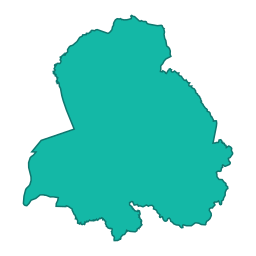 Dinh Quan, Đồng Nai, Vietnam (Albers equal-area conic projection)
{"feature_id": "81297802B49967994067833", "entity_name": "Dinh Quan", "entity_type": "district", "adm_level": 2, "iso_a3": "VNM", "parent_name": "Vietnam", "parent_adm1": "Đồng Nai", "projection": "albers", "projection_center": [107.306, 11.211], "detail": "fine", "context": "isolated", "style": "filled", "palette": "teal", "viewbox_px": 256, "rotation_deg": 0, "n_neighbors": 0, "source": "geoboundaries", "source_scale": "gbopen_adm2", "svg_char_len": 5793}
<svg xmlns="http://www.w3.org/2000/svg" viewBox="0 0 256 256"><path d="M231.7,148.3L230.7,147.1L228.8,146.0L226.3,147.6L226.1,145.9L225.7,145.2L224.9,145.2L224.5,144.0L224.0,143.9L224.1,143.4L222.6,143.2L222.8,142.4L221.7,142.2L221.9,141.2L220.8,139.7L219.1,140.0L218.7,141.7L218.2,142.5L216.4,142.5L214.9,143.2L214.1,142.9L213.0,143.1L216.4,126.1L216.7,123.2L216.4,120.9L215.0,120.8L213.4,121.1L213.4,120.1L211.7,116.7L211.2,116.7L210.3,114.6L210.0,113.0L209.3,112.1L207.3,111.3L207.1,110.6L207.3,109.9L206.5,108.8L205.5,108.3L203.2,105.2L203.1,104.5L200.9,102.1L201.5,101.7L201.5,101.1L200.8,100.1L200.6,98.7L199.7,97.4L199.5,96.5L197.8,95.0L197.4,93.9L196.3,93.3L195.5,91.9L195.7,91.1L194.3,88.9L192.5,88.1L191.4,87.2L191.8,86.0L189.5,86.1L188.8,85.6L188.9,84.0L189.7,82.9L187.7,82.5L186.1,79.9L185.5,80.5L184.3,80.3L182.2,77.8L181.4,76.3L179.9,75.9L178.4,74.5L178.9,73.0L177.1,73.1L174.6,71.0L173.3,71.9L172.2,72.1L171.2,71.3L171.1,70.4L171.5,69.8L170.3,69.3L170.2,68.8L169.3,69.0L168.9,70.0L168.3,70.3L166.4,73.5L165.7,73.3L165.1,72.1L162.8,70.8L162.3,71.8L160.4,71.5L160.8,69.3L160.7,66.3L161.1,65.4L162.7,63.7L164.1,61.0L166.0,58.9L170.9,56.4L170.1,54.2L170.3,51.1L169.5,48.7L168.6,47.4L166.7,46.0L165.8,40.5L164.7,38.4L164.0,34.4L164.5,32.0L163.8,29.0L164.1,28.7L162.9,27.7L162.1,25.7L161.2,25.3L157.4,25.7L148.6,24.1L147.0,23.4L146.3,21.9L145.7,21.5L143.3,21.5L141.2,20.6L140.4,21.3L139.1,20.8L134.6,16.6L132.9,16.3L131.7,15.4L130.8,16.1L131.4,17.4L131.2,18.6L129.0,19.3L126.7,19.8L123.8,19.9L122.6,19.5L121.6,19.6L120.7,18.6L119.3,19.0L117.2,18.7L115.4,19.9L114.0,22.3L113.5,23.8L113.6,25.2L112.5,26.8L111.9,29.8L111.1,30.6L110.8,31.3L108.6,33.2L107.7,33.3L97.2,29.6L95.8,29.9L94.8,30.7L91.8,30.3L91.2,30.7L90.6,32.1L90.0,32.1L89.5,32.8L88.0,33.6L86.9,33.2L86.3,33.4L86.3,34.6L82.7,34.9L82.2,36.2L79.7,37.4L77.0,41.6L72.6,45.3L70.6,45.9L69.5,46.6L67.6,49.5L67.7,51.9L66.1,53.3L65.3,53.3L65.5,54.0L65.3,54.9L64.9,54.9L64.7,54.2L64.1,54.0L63.9,54.3L64.0,55.1L62.6,55.2L61.4,56.7L60.3,57.0L60.3,57.4L61.1,57.4L61.2,57.7L60.2,59.7L60.2,60.2L60.9,60.7L61.0,61.6L60.2,63.2L59.7,63.6L58.0,63.3L57.1,63.5L56.0,65.3L55.5,64.4L54.7,64.9L54.6,65.6L55.1,66.8L54.1,68.8L55.2,70.0L54.6,71.1L53.2,71.4L53.2,71.8L53.7,71.9L53.5,73.1L54.4,73.0L54.2,74.0L55.8,74.4L55.9,74.6L55.2,75.0L55.2,75.7L55.9,75.8L56.1,76.4L56.8,76.9L57.0,78.0L57.6,77.9L57.1,80.1L56.7,80.4L57.5,81.4L56.5,81.2L56.4,81.8L57.0,82.3L57.2,83.5L57.8,83.4L58.1,82.5L59.1,83.2L59.4,86.4L60.5,88.3L61.8,95.5L63.3,100.9L66.5,110.2L74.2,129.1L41.2,140.4L31.8,151.8L36.0,152.0L33.5,155.1L31.3,156.6L30.2,157.8L28.6,162.7L28.7,167.5L31.0,176.8L31.1,180.4L29.9,184.6L28.8,186.1L26.3,188.5L25.6,189.8L24.0,196.1L23.4,203.4L24.0,204.6L25.0,205.4L26.8,205.7L28.9,203.6L31.1,200.2L35.8,198.4L40.1,194.9L43.9,194.8L44.1,195.1L46.2,195.3L50.2,196.9L53.1,196.8L58.3,197.6L57.7,200.6L56.3,203.5L56.1,206.3L65.9,206.6L66.3,205.8L68.4,206.5L72.2,209.1L72.2,210.2L74.2,214.5L75.3,215.4L75.5,216.9L75.9,217.2L75.7,218.0L76.2,218.2L75.6,218.8L76.8,219.1L77.7,220.7L77.6,223.1L78.5,223.5L79.1,223.3L79.5,223.9L80.7,222.7L80.9,223.9L82.1,224.6L84.1,223.9L84.5,224.4L85.0,223.8L84.7,223.0L84.9,222.2L85.2,222.5L86.2,222.1L86.9,221.2L87.3,221.7L88.0,221.7L89.6,220.1L90.1,220.6L91.9,220.7L93.2,220.1L93.3,220.8L94.1,220.7L94.3,220.3L95.0,220.4L95.2,219.8L95.8,219.9L96.1,219.6L96.9,220.0L96.9,219.5L97.5,220.0L98.2,219.8L99.6,218.3L100.6,218.6L101.6,217.7L102.3,218.1L102.4,218.6L102.8,218.8L102.8,219.4L103.3,219.0L103.4,219.6L104.3,219.8L104.4,220.6L105.7,221.4L105.4,223.6L106.4,225.4L106.4,226.4L107.5,227.0L108.0,227.9L109.6,228.5L110.2,228.6L110.5,228.3L111.0,228.7L111.7,228.5L112.0,228.7L112.2,229.6L111.9,231.1L111.4,231.7L112.0,232.4L111.8,233.5L112.5,235.5L113.5,235.8L114.4,237.4L114.0,239.3L114.2,240.6L117.6,240.5L119.5,239.5L119.5,239.1L120.5,239.2L120.8,238.6L120.6,238.0L121.1,236.8L122.7,235.0L124.6,234.4L126.3,231.8L126.6,230.4L127.1,230.8L127.1,230.5L130.1,231.4L135.2,231.8L136.9,230.7L137.3,228.9L138.3,228.4L139.0,228.6L139.1,227.6L140.2,227.1L140.6,225.9L141.3,225.6L141.2,225.0L141.9,224.7L141.1,223.5L141.3,223.2L141.0,222.2L141.4,221.9L141.0,221.4L141.6,220.9L141.3,220.0L139.9,218.5L139.7,217.5L138.9,217.1L139.4,216.4L138.8,215.1L139.3,215.2L139.8,214.8L140.1,213.9L139.4,210.9L138.9,210.7L138.9,211.3L137.9,210.6L137.6,211.5L134.7,210.7L133.8,209.4L133.1,209.2L133.1,208.4L132.2,208.0L131.9,206.6L129.9,205.3L129.6,204.8L129.6,202.6L131.8,201.5L132.6,201.7L134.2,205.1L137.5,204.5L138.4,206.2L140.0,205.8L143.0,206.8L146.5,205.0L148.4,206.2L149.6,205.5L152.0,205.3L153.5,206.6L153.7,207.5L153.5,208.9L155.7,209.7L157.1,211.3L157.3,212.5L160.0,214.8L159.5,216.5L159.8,217.3L160.4,217.5L161.7,216.6L162.4,216.8L163.3,219.5L164.4,220.9L165.5,221.2L166.4,221.0L167.1,220.4L167.8,218.7L169.2,218.1L170.3,219.3L170.8,221.3L172.5,222.3L173.7,223.8L176.3,224.9L179.1,225.2L180.6,227.1L181.6,227.8L182.9,227.5L182.7,225.4L183.2,224.8L186.4,225.7L191.4,225.7L195.1,223.0L195.9,222.8L198.8,223.2L201.3,224.5L205.3,224.8L205.8,224.3L205.8,223.3L206.7,221.3L208.2,220.4L210.0,218.6L211.3,215.5L211.1,213.3L209.3,210.4L209.5,208.8L210.5,208.0L212.5,207.9L213.4,206.5L214.8,205.3L214.9,204.5L213.8,202.9L214.6,202.1L216.9,202.0L218.5,201.0L219.3,202.4L219.8,204.3L220.4,204.7L221.3,204.4L221.6,203.2L221.6,201.1L223.3,199.8L223.6,198.0L225.1,195.4L225.2,192.3L226.5,189.4L227.8,188.6L227.6,186.7L226.0,185.5L226.0,183.9L225.7,183.3L223.9,181.9L222.2,179.6L219.0,179.4L217.3,177.2L216.9,176.5L216.9,174.4L216.3,172.4L216.5,172.1L218.2,171.1L219.9,171.4L221.0,170.9L221.5,167.9L222.6,167.4L222.4,165.6L222.6,165.0L223.4,165.1L224.6,166.2L225.2,166.3L229.2,164.6L230.1,163.7L230.2,162.3L229.0,161.1L228.3,158.7L228.4,158.3L230.1,157.5L232.6,153.9L232.6,152.9L231.4,150.6L231.7,148.3Z" fill="#14b8a6" stroke="#0f766e" stroke-width="1.5"/></svg>